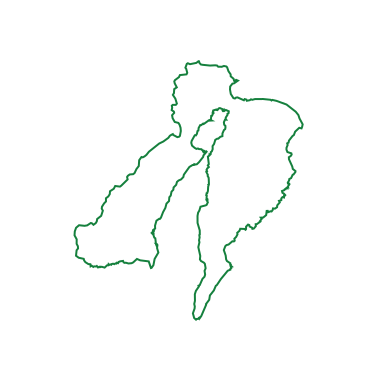 the district of Kota Ambon, Maluku, Indonesia, rotated 324°
{"feature_id": "22746128B58388026658287", "entity_name": "Kota Ambon", "entity_type": "district", "adm_level": 2, "iso_a3": "IDN", "parent_name": "Indonesia", "parent_adm1": "Maluku", "projection": "albers", "projection_center": [128.177, -3.684], "detail": "fine", "context": "isolated", "style": "outline", "palette": "green", "viewbox_px": 384, "rotation_deg": 324, "n_neighbors": 0, "source": "geoboundaries", "source_scale": "gbopen_adm2", "svg_char_len": 6090}
<svg xmlns="http://www.w3.org/2000/svg" viewBox="0 0 384 384"><g transform="rotate(324 192 192)"><path d="M294.6,128.9L293.6,127.2L291.6,127.4L291.4,126.9L292.2,124.8L291.3,121.2L292.4,119.5L292.5,115.7L293.7,111.8L293.6,110.7L291.9,108.8L289.7,108.2L286.8,106.0L286.6,104.4L285.2,103.1L280.9,100.3L275.2,95.2L274.1,94.0L273.9,91.8L274.5,90.4L274.1,90.0L271.4,90.1L265.5,87.4L264.3,85.4L263.1,85.3L259.7,87.6L259.7,89.0L258.2,92.8L256.7,93.6L250.9,90.3L249.0,91.4L243.9,91.5L242.7,92.1L241.9,93.9L241.2,98.4L238.1,98.3L235.5,101.4L233.6,102.2L233.4,106.7L231.7,111.6L230.1,112.0L227.6,110.2L226.4,110.3L225.5,112.2L223.7,113.8L224.6,116.3L224.1,117.5L221.0,118.2L219.7,120.9L219.2,125.2L221.6,128.1L221.5,130.2L220.5,133.3L218.8,136.1L215.2,139.5L214.1,139.7L212.4,139.0L210.3,134.7L210.5,133.9L209.0,133.6L207.1,133.5L204.7,134.3L198.5,134.3L193.9,133.5L180.8,134.1L176.9,135.2L174.5,135.3L172.5,135.0L171.7,134.0L168.0,135.2L164.2,139.7L160.5,140.8L156.7,142.9L154.9,143.0L151.9,141.2L149.6,141.2L148.3,141.7L147.3,144.0L138.5,145.3L136.9,145.3L133.4,142.0L130.6,143.4L126.1,143.2L124.2,145.4L121.7,146.4L118.7,146.5L116.8,149.1L114.3,149.5L110.5,151.0L109.2,152.4L108.9,154.7L104.5,157.9L99.4,158.1L97.7,159.8L95.8,160.6L93.0,160.6L92.6,158.4L91.9,157.6L87.6,157.4L85.2,156.2L81.1,152.5L77.2,152.8L74.0,155.0L71.5,158.0L70.9,162.5L68.2,166.1L67.8,168.8L66.6,170.7L64.4,171.3L60.7,175.4L61.7,178.6L65.1,182.4L64.5,184.0L64.5,186.1L65.8,189.4L67.3,190.7L66.3,192.5L67.5,192.6L68.1,194.6L69.0,194.6L70.7,195.9L71.5,195.9L71.6,197.8L72.9,198.0L73.6,198.3L73.5,198.8L75.0,199.4L76.9,201.8L80.3,201.4L81.2,202.1L82.0,201.4L82.1,202.3L83.3,202.5L83.9,203.4L84.7,203.1L86.0,203.6L86.7,204.7L88.2,204.8L88.8,205.5L89.8,205.1L90.4,206.1L91.7,205.5L93.2,205.9L95.7,207.2L95.3,208.7L95.8,209.7L96.9,210.3L98.6,212.5L101.3,214.1L103.0,214.4L108.1,213.8L109.9,216.8L116.2,222.7L114.1,229.4L114.7,229.6L117.8,228.5L122.4,224.2L129.2,221.2L130.8,216.8L132.9,214.5L133.0,213.7L132.4,213.1L132.5,214.5L131.8,214.5L132.1,213.2L135.1,207.9L134.7,206.7L135.6,203.9L135.4,202.3L136.5,203.0L137.0,201.9L136.6,201.3L137.5,201.3L137.3,200.6L137.7,201.2L138.2,201.0L137.7,200.3L138.1,199.9L140.7,199.9L142.3,197.5L146.4,194.3L149.7,194.4L150.1,194.9L151.8,194.5L156.7,191.3L161.1,189.2L164.5,186.4L168.1,185.8L170.6,182.9L172.7,182.4L175.6,179.7L178.2,179.2L179.8,177.5L183.4,176.9L185.8,175.0L187.9,174.8L190.6,175.4L193.8,174.8L195.6,173.2L204.6,170.2L208.3,170.5L209.5,171.3L210.2,170.8L210.9,171.8L212.3,172.4L215.2,172.0L221.6,170.2L222.8,169.1L227.5,168.0L227.4,167.4L224.9,167.0L224.7,165.9L225.8,165.5L224.8,164.0L224.8,163.0L222.8,161.3L222.4,160.3L220.9,159.7L220.1,157.9L219.3,154.5L220.3,151.8L221.7,150.5L227.2,147.9L227.9,147.8L228.5,148.5L230.2,147.8L232.3,145.9L233.3,146.0L235.0,144.1L238.0,142.7L238.7,143.3L241.2,143.2L241.3,143.8L242.1,143.9L247.1,143.9L249.9,145.7L249.2,144.3L249.9,144.5L252.3,141.7L253.1,142.1L255.0,140.9L255.7,140.9L256.1,140.2L255.5,139.8L257.1,138.5L260.1,139.5L260.7,139.9L260.2,140.2L260.7,140.7L262.8,140.1L263.9,140.5L265.6,143.3L264.6,144.0L264.6,144.8L265.4,145.3L266.2,144.8L266.1,145.4L267.6,145.5L269.2,148.3L267.9,149.7L266.6,149.6L266.0,150.5L263.1,151.6L262.2,152.7L262.2,153.6L261.2,152.9L258.8,154.3L257.6,156.5L257.9,158.1L256.9,159.6L255.8,160.6L254.2,160.7L251.1,162.5L249.4,164.7L247.4,164.0L244.6,164.3L243.8,163.7L241.5,163.5L238.1,166.1L235.6,167.0L233.9,169.5L231.9,170.8L230.7,170.8L229.3,172.4L228.4,172.5L228.2,171.9L227.4,172.7L225.7,172.7L222.0,179.3L220.4,179.8L220.3,181.7L218.2,181.9L216.7,182.7L216.4,184.1L215.4,184.1L214.9,187.4L214.1,188.2L213.9,190.1L213.0,191.6L210.3,195.6L209.6,195.7L209.7,196.1L208.2,197.2L205.5,200.5L203.6,201.9L203.1,201.6L201.6,203.0L201.8,203.6L200.0,205.7L200.2,206.4L199.4,206.6L199.7,207.4L199.0,207.3L198.8,209.6L196.3,211.0L195.3,210.9L190.2,208.9L187.1,211.3L184.8,212.3L182.4,214.6L178.3,220.3L175.7,227.6L173.3,231.0L172.6,231.1L171.5,233.2L169.3,235.2L168.5,237.0L164.7,240.3L161.1,248.6L158.8,251.2L158.7,253.1L160.1,256.2L160.2,257.6L158.2,261.7L155.8,263.2L154.1,266.5L152.3,267.9L149.5,268.4L143.5,271.9L142.2,271.6L142.0,272.5L137.0,274.3L134.2,276.4L130.4,281.8L128.0,283.9L127.0,286.2L125.6,287.8L121.4,290.7L119.7,295.2L120.2,297.6L121.0,297.4L123.2,298.7L123.9,298.6L123.9,297.9L125.1,298.0L124.8,298.4L126.6,297.8L137.2,291.5L137.4,290.9L142.6,289.3L145.7,286.2L151.8,284.5L156.1,281.9L157.4,281.9L164.2,279.4L174.6,276.7L177.4,277.4L177.9,276.7L179.1,276.6L179.4,275.4L180.4,275.8L180.1,274.2L180.6,273.7L180.2,273.2L181.1,272.2L179.7,268.4L180.0,266.6L181.9,263.2L183.6,257.7L187.1,255.4L188.7,255.2L190.7,256.0L195.7,255.6L196.8,256.6L197.9,256.5L198.8,254.7L201.3,254.3L203.9,253.0L204.6,251.6L207.6,251.3L209.4,250.1L212.7,252.7L213.1,254.0L213.9,253.8L215.4,251.8L218.2,251.3L218.9,252.4L218.3,253.8L219.6,256.2L219.2,257.3L220.5,257.9L223.5,257.2L224.6,255.5L225.5,256.1L229.9,256.1L229.8,255.5L232.6,254.7L232.6,253.2L234.6,254.5L238.4,254.3L241.3,251.2L242.2,251.8L241.8,253.1L244.3,253.8L244.9,254.5L246.5,254.1L247.9,252.9L249.3,254.2L251.9,254.3L253.1,252.9L256.9,252.0L257.2,250.3L259.4,251.1L260.5,249.7L262.2,249.3L263.2,250.5L264.5,248.9L265.2,249.2L265.7,250.2L265.4,247.3L264.7,245.8L265.4,244.1L267.6,244.7L268.6,244.3L269.3,244.8L270.3,244.3L270.9,244.8L270.9,244.3L271.8,244.3L272.4,244.8L272.6,244.0L275.4,243.0L275.6,242.4L274.6,241.5L275.0,240.7L277.4,239.7L278.3,238.7L280.4,239.0L283.6,237.2L284.4,237.5L287.4,236.6L288.0,235.9L287.1,232.6L288.1,230.3L289.7,222.5L290.8,220.8L293.0,220.9L294.6,220.3L295.1,219.1L292.7,215.8L293.3,213.3L294.4,211.8L297.0,210.2L297.6,208.6L299.1,208.8L300.7,207.4L306.2,205.8L307.9,205.8L310.9,203.8L316.5,203.1L318.0,204.9L319.4,204.0L321.3,202.3L322.2,195.7L323.3,192.3L323.1,188.0L319.9,176.8L313.9,167.9L311.1,164.7L310.1,164.7L309.8,163.6L304.2,158.6L297.7,153.9L294.9,152.8L294.2,151.7L292.7,151.7L290.0,150.4L290.3,149.2L289.2,147.8L287.9,148.3L284.4,142.2L283.1,141.5L281.7,141.6L280.7,140.4L281.0,135.5L283.0,131.4L284.9,129.1L288.4,128.1L289.8,128.8L294.6,128.9Z" fill="none" stroke="#15803d" stroke-width="2"/></g></svg>